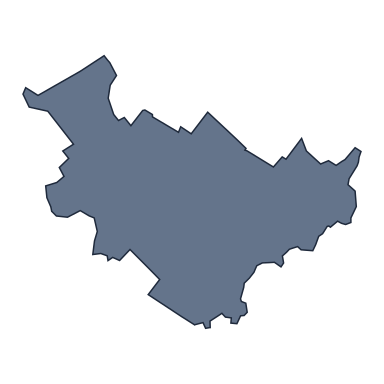 Cumberland, Maine, United States of America (Natural Earth projection)
{"feature_id": "52423323B1256829191477", "entity_name": "Cumberland", "entity_type": "district", "adm_level": 2, "iso_a3": "USA", "parent_name": "United States of America", "parent_adm1": "Maine", "projection": "natural_earth1", "projection_center": [-70.316, 43.849], "detail": "fine", "context": "isolated", "style": "filled", "palette": "slate", "viewbox_px": 384, "rotation_deg": 0, "n_neighbors": 0, "source": "geoboundaries", "source_scale": "gbopen_adm2", "svg_char_len": 1646}
<svg xmlns="http://www.w3.org/2000/svg" viewBox="0 0 384 384"><path d="M194.7,324.9L194.9,324.7L203.0,322.6L205.6,328.3L209.7,327.6L210.2,327.6L210.0,321.1L220.3,314.4L221.9,313.3L222.4,313.9L225.4,317.1L231.3,317.9L230.9,323.1L236.9,323.7L240.6,315.8L244.1,315.5L247.2,312.3L245.8,303.2L241.4,301.5L240.5,298.9L243.7,287.5L244.0,285.1L244.2,283.2L249.3,278.2L254.0,272.2L255.4,268.8L256.8,265.7L262.4,262.9L269.1,262.6L274.4,262.3L281.0,266.9L283.6,263.0L282.4,255.9L284.6,254.0L286.6,252.2L289.3,249.3L291.9,248.4L297.6,246.6L301.1,249.8L312.8,250.7L315.7,244.6L318.7,236.3L322.6,233.7L327.2,226.4L328.8,226.0L330.4,227.2L337.6,221.2L341.5,223.3L345.6,224.5L350.9,222.5L350.9,217.9L356.3,206.6L355.1,191.1L348.0,184.7L349.1,178.7L357.1,165.8L358.4,162.2L359.1,157.0L361.0,151.5L355.1,147.7L345.0,159.6L341.9,161.4L336.1,165.4L328.5,160.7L320.6,164.0L306.4,151.0L301.6,138.4L286.0,159.2L282.2,156.9L273.4,167.0L247.1,150.9L244.9,150.1L246.0,148.4L236.3,139.0L207.7,112.2L191.2,133.8L180.7,126.8L178.5,132.3L152.5,116.9L152.4,114.5L144.9,110.0L142.7,110.5L130.9,125.7L124.3,117.5L118.5,120.5L113.7,114.5L108.2,98.2L110.2,85.2L116.5,75.5L109.8,62.7L107.2,59.7L104.1,55.7L80.2,71.3L38.0,95.4L25.7,87.7L23.0,94.1L29.2,107.1L47.8,111.2L73.5,144.2L62.8,151.0L68.7,158.4L59.3,167.5L64.0,176.4L56.8,182.5L45.7,185.9L46.9,197.7L50.8,206.8L51.7,211.3L56.4,216.0L67.5,217.2L80.2,210.6L89.2,215.9L94.2,217.9L97.3,231.5L94.5,240.9L92.8,254.5L100.8,253.5L107.2,255.8L108.0,260.6L112.7,257.4L119.6,260.5L130.0,249.5L148.7,268.3L159.7,279.5L156.1,284.2L148.2,294.6L182.2,317.0L182.4,317.1L194.7,324.9Z" fill="#64748b" stroke="#1e293b" stroke-width="1.5"/></svg>